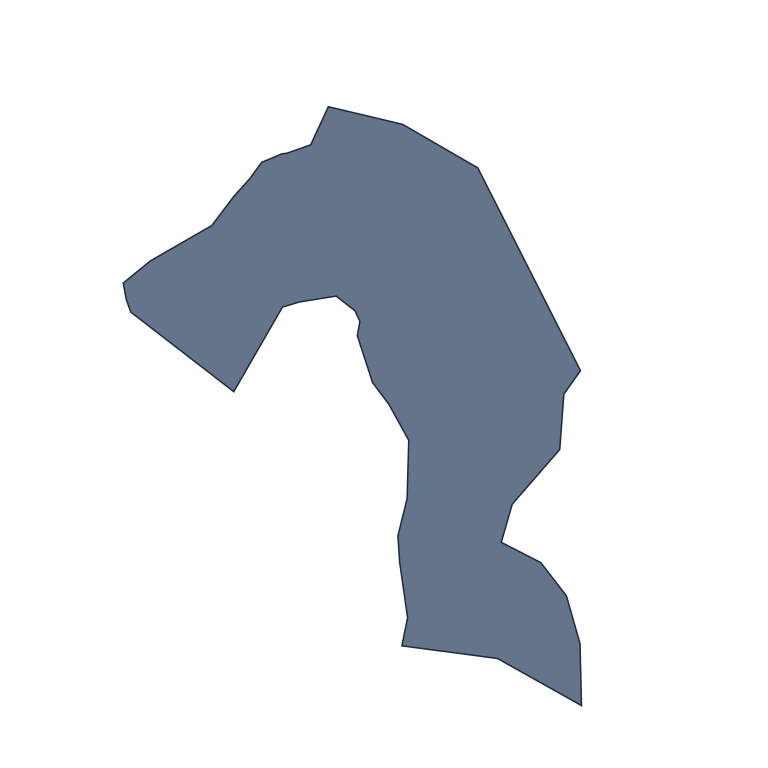 the border of Piran, rotated 196°
{"feature_id": "SVN-1033", "entity_name": "Piran", "entity_type": "Municipality", "adm_level": 1, "iso_a3": "SVN", "parent_name": "Slovenia", "parent_adm1": "", "projection": "orthographic", "projection_center": [13.635, 45.499], "detail": "fine", "context": "isolated", "style": "filled", "palette": "slate", "viewbox_px": 768, "rotation_deg": 196, "n_neighbors": 0, "source": "natural_earth", "source_scale": "10m", "svg_char_len": 675}
<svg xmlns="http://www.w3.org/2000/svg" viewBox="0 0 768 768"><g transform="rotate(196 384 384)"><path d="M437.6,638.7L437.2,638.6L353.4,617.6L198.8,451.0L208.3,423.8L197.0,369.5L227.6,303.8L227.6,264.1L184.0,255.5L150.2,230.6L124.0,188.5L105.5,129.3L199.3,151.4L294.6,137.2L296.9,165.8L319.8,216.9L328.8,241.9L330.2,280.2L344.7,336.7L373.8,365.9L395.3,382.1L423.0,423.1L424.4,437.5L432.1,446.4L454.3,455.3L488.2,439.4L502.8,429.9L526.3,335.2L647.2,383.3L654.9,393.9L662.5,409.2L642.4,438.1L593.2,488.9L580.0,523.2L569.6,544.4L562.7,563.4L545.4,577.2L541.2,578.9L520.4,593.7L514.2,633.6L513.9,635.2L437.6,638.7Z" fill="#64748b" stroke="#1e293b" stroke-width="1.5"/></g></svg>